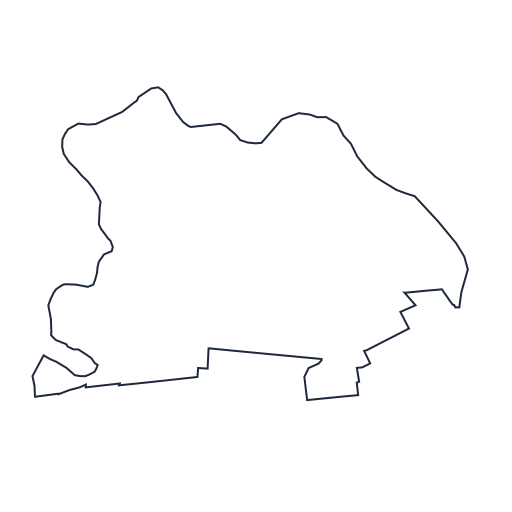 Roman, Neamt, Romania, rotated 185°
{"feature_id": "2599482B34614164873345", "entity_name": "Roman", "entity_type": "district", "adm_level": 2, "iso_a3": "ROU", "parent_name": "Romania", "parent_adm1": "Neamt", "projection": "orthographic", "projection_center": [26.954, 46.936], "detail": "fine", "context": "isolated", "style": "outline", "palette": "slate", "viewbox_px": 512, "rotation_deg": 185, "n_neighbors": 0, "source": "geoboundaries", "source_scale": "gbopen_adm2", "svg_char_len": 2159}
<svg xmlns="http://www.w3.org/2000/svg" viewBox="0 0 512 512"><g transform="rotate(185 256 256)"><path d="M453.3,162.4L453.3,159.4L450.5,156.8L447.8,154.7L437.3,151.6L435.9,149.5L429.8,147.1L424.8,147.4L419.8,144.8L415.1,142.2L411.3,140.0L407.2,135.2L404.2,133.7L405.3,129.7L406.7,126.7L411.3,123.6L415.6,121.4L420.9,121.0L426.2,121.5L435.0,128.0L445.4,133.1L452.8,135.6L458.9,138.5L468.2,116.9L465.3,107.1L463.9,96.5L440.9,101.6L440.7,101.1L429.9,106.3L420.2,109.8L414.3,113.1L414.2,110.3L380.6,117.1L381.2,115.2L350.6,121.1L303.8,130.4L303.9,139.4L294.4,139.6L295.2,159.9L270.4,159.7L246.0,159.5L181.7,159.1L181.6,157.8L184.4,154.2L193.8,149.0L197.3,139.8L192.5,116.9L177.8,119.7L156.0,123.8L142.1,126.3L144.6,138.7L143.1,139.4L142.3,139.7L145.8,153.3L140.7,154.3L140.3,154.4L133.1,158.8L132.9,159.0L140.0,170.9L137.5,171.8L97.3,197.1L107.3,212.9L92.8,220.8L104.8,232.4L104.2,232.4L89.1,235.2L87.3,235.6L67.8,239.0L65.6,236.1L63.6,233.8L62.2,232.2L59.4,228.7L56.1,225.0L54.9,224.2L54.2,224.4L53.6,223.3L53.1,222.4L52.7,222.1L51.5,222.4L49.0,222.5L48.3,237.5L43.8,261.1L48.5,273.6L57.7,286.1L78.1,306.8L103.1,329.4L112.9,331.6L121.9,334.1L134.6,340.4L144.0,345.3L153.3,352.8L163.8,364.0L171.2,376.1L179.3,383.6L186.4,394.8L198.2,400.5L207.2,399.6L214.6,401.6L225.9,402.0L242.1,394.5L260.4,369.2L266.1,368.2L274.2,368.3L281.8,370.1L286.7,375.1L296.9,382.4L303.1,384.6L332.4,378.8L335.6,380.1L340.5,383.3L348.2,391.6L359.7,409.4L363.4,413.0L368.2,415.5L374.9,413.8L386.8,404.2L387.2,403.2L387.9,401.2L388.3,400.2L390.7,398.3L402.0,387.8L427.1,373.5L434.7,372.3L444.5,372.4L450.6,368.4L454.2,365.9L456.9,361.1L459.0,355.3L458.6,347.9L456.5,341.1L450.3,333.2L442.6,326.8L436.7,321.0L430.0,315.5L424.0,309.0L419.2,302.6L415.5,296.2L415.9,290.4L415.8,287.7L415.6,284.3L415.6,283.1L415.6,282.0L415.5,281.2L415.5,280.4L415.4,277.7L415.3,273.9L412.7,269.4L404.8,260.5L402.3,258.5L399.4,252.4L400.2,248.2L407.6,244.3L412.1,236.5L412.9,230.9L412.9,225.1L414.2,218.3L415.6,213.2L420.9,210.6L432.7,211.8L443.4,211.3L446.1,210.4L452.1,205.6L454.3,201.9L456.8,195.3L458.6,188.8L454.8,175.2L453.3,163.0L453.3,162.4Z" fill="none" stroke="#1e293b" stroke-width="2"/></g></svg>